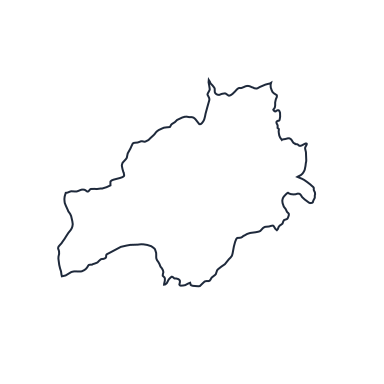 outline of Minh Long, Quảng Ngãi, Vietnam, rotated 26°
{"feature_id": "81297802B89663618716792", "entity_name": "Minh Long", "entity_type": "district", "adm_level": 2, "iso_a3": "VNM", "parent_name": "Vietnam", "parent_adm1": "Quảng Ngãi", "projection": "natural_earth1", "projection_center": [108.678, 14.947], "detail": "fine", "context": "isolated", "style": "outline", "palette": "slate", "viewbox_px": 384, "rotation_deg": 26, "n_neighbors": 0, "source": "geoboundaries", "source_scale": "gbopen_adm2", "svg_char_len": 5985}
<svg xmlns="http://www.w3.org/2000/svg" viewBox="0 0 384 384"><g transform="rotate(26 192 192)"><path d="M240.3,273.1L241.4,270.0L242.6,266.9L244.0,265.7L245.8,264.9L246.7,264.1L247.0,262.9L247.1,261.5L247.2,260.3L249.1,256.4L249.4,255.4L248.9,251.4L249.1,250.6L249.4,249.7L251.2,246.0L253.2,242.5L254.6,236.3L255.4,234.0L255.8,231.9L255.7,231.0L255.4,229.4L253.5,222.5L252.6,217.8L252.4,215.0L252.6,214.0L252.9,213.4L254.7,212.4L256.0,211.5L256.9,210.3L257.5,208.8L258.0,208.4L259.9,205.6L261.3,204.2L262.4,203.2L266.8,200.3L268.9,198.7L269.8,197.9L270.5,197.0L271.6,193.3L272.5,191.8L273.1,191.2L276.4,189.2L277.8,187.9L279.1,186.9L279.8,186.7L280.4,186.9L281.7,187.7L283.1,188.6L285.0,189.1L285.4,187.7L285.3,186.7L285.2,185.5L285.4,184.4L285.7,183.5L286.6,182.0L287.2,180.7L286.9,178.3L287.1,176.8L288.0,175.9L288.9,175.0L289.4,174.3L289.5,173.7L289.4,172.0L289.2,170.5L288.7,169.3L287.7,168.7L286.5,168.4L285.8,168.0L283.7,166.3L280.9,164.9L278.3,162.3L277.0,160.3L276.6,158.9L276.4,157.7L276.5,156.0L277.4,153.0L278.1,151.3L278.6,150.6L279.9,150.8L281.7,150.6L284.2,149.7L286.0,148.7L287.5,147.3L288.9,146.6L290.1,146.6L291.3,147.1L293.2,148.3L296.5,149.3L301.8,150.3L303.0,150.2L304.1,149.5L304.9,148.8L305.1,148.2L305.0,147.8L304.8,146.4L304.9,143.9L304.8,143.2L303.9,141.3L303.6,140.0L302.8,138.7L302.2,138.1L301.5,137.6L300.5,136.7L299.7,135.0L299.2,134.6L298.8,134.4L296.5,133.8L295.2,133.4L291.3,132.6L287.6,132.0L285.1,131.9L281.9,132.1L280.1,132.2L280.5,131.6L281.6,130.2L282.5,128.9L283.2,127.2L283.5,125.7L283.6,123.9L283.6,123.2L283.5,122.4L282.6,118.9L281.6,116.0L281.3,114.7L280.7,113.2L280.4,112.7L277.4,107.1L276.9,106.2L274.7,103.5L274.3,102.6L274.2,102.2L274.3,99.2L274.2,98.8L273.9,98.3L273.5,98.3L273.1,98.4L272.8,98.7L272.3,99.2L270.1,102.2L268.9,103.2L267.9,103.4L266.6,103.0L265.4,103.0L263.9,103.7L263.1,103.3L262.8,103.4L261.8,103.4L260.4,102.7L258.9,101.7L257.4,101.1L256.6,101.1L255.9,101.1L255.3,101.4L254.8,101.6L252.6,103.5L250.6,104.9L250.0,105.4L249.9,105.8L247.3,104.4L245.7,103.0L244.3,101.1L243.3,99.5L242.8,98.0L242.4,97.3L240.8,96.9L240.2,95.5L239.7,94.5L238.1,93.3L237.5,92.7L237.2,91.8L237.4,91.1L237.9,90.4L238.7,90.0L239.0,89.5L239.1,89.1L238.9,88.0L238.2,85.7L236.4,82.2L235.1,81.0L234.3,80.6L234.0,80.6L233.1,81.0L232.2,82.0L232.0,82.7L231.4,83.2L230.3,83.1L229.7,82.9L229.0,82.4L229.0,82.0L229.2,81.5L229.3,80.7L229.4,79.9L229.2,79.1L228.8,77.7L227.5,75.1L226.7,71.9L226.6,69.5L226.2,68.4L225.7,67.8L222.3,67.4L220.5,66.8L218.9,65.5L216.9,63.5L215.6,61.1L215.2,59.2L214.5,60.3L212.6,61.8L210.8,63.4L206.9,67.9L205.4,70.1L204.5,70.8L202.6,71.4L200.8,71.4L199.7,71.6L198.2,71.6L196.8,71.8L195.6,72.2L194.5,72.9L193.6,73.7L192.8,74.7L190.9,76.8L190.1,77.3L189.2,77.6L188.6,78.0L188.2,78.5L187.7,79.3L187.1,81.0L186.6,82.8L185.4,86.1L184.5,87.7L183.5,88.9L182.7,89.3L181.8,89.2L179.4,88.8L178.4,88.9L176.5,90.2L175.5,91.0L174.0,92.7L172.9,93.2L171.9,93.4L170.6,93.3L169.5,92.9L168.7,92.2L168.4,91.7L167.1,89.2L166.3,88.5L163.7,87.2L161.1,86.3L159.6,85.0L158.0,84.0L158.8,86.1L160.8,88.8L162.4,91.1L163.0,92.1L163.1,92.8L163.1,94.1L163.0,95.9L163.0,96.8L163.2,97.6L163.7,98.1L164.7,98.8L166.1,99.9L166.9,100.9L167.3,101.9L168.6,109.1L169.8,115.4L170.6,118.5L171.1,121.0L171.2,122.5L171.1,123.8L170.7,125.8L170.1,127.1L169.4,127.6L168.8,127.8L167.5,127.2L163.2,125.1L161.9,124.7L160.7,124.5L159.0,124.8L156.8,125.9L154.3,126.6L152.7,127.4L150.6,129.3L147.0,133.8L146.0,136.7L144.2,139.6L143.8,140.6L143.7,143.1L143.3,143.5L141.9,144.4L141.0,144.9L138.6,146.5L137.2,148.1L135.0,150.8L134.0,152.6L133.4,154.3L133.1,156.0L132.6,157.7L130.9,162.0L130.2,164.1L129.7,164.9L128.0,167.1L127.4,167.6L124.8,168.3L123.9,168.8L122.8,170.0L121.4,171.4L119.7,172.4L118.3,173.3L117.8,173.9L117.5,174.4L117.5,175.7L117.5,177.2L117.6,179.8L117.3,185.5L118.0,188.3L118.4,189.8L118.2,191.3L117.9,192.4L116.8,196.1L117.0,197.8L117.3,198.9L117.9,199.8L119.5,201.9L121.6,204.2L122.4,204.8L122.7,205.4L123.3,206.1L123.8,207.0L123.8,207.7L122.9,209.2L121.1,211.0L116.1,215.3L114.8,216.7L114.5,217.3L114.2,218.1L114.2,218.6L115.8,221.8L113.1,225.1L109.6,228.4L108.7,228.7L105.1,231.1L103.1,231.9L100.5,233.2L99.5,233.9L99.2,234.6L98.8,236.3L98.3,237.2L97.7,237.5L96.9,237.4L95.2,237.1L94.1,237.2L93.0,237.6L92.0,238.1L90.9,239.1L89.5,240.7L88.2,242.0L86.7,242.8L84.7,243.6L83.1,244.3L82.1,245.2L80.3,247.2L78.9,248.1L79.1,249.3L79.3,250.7L79.6,252.1L80.4,254.3L81.5,256.2L82.5,257.7L84.7,259.7L88.7,263.0L89.4,263.7L90.3,264.1L92.2,265.2L93.9,266.6L97.3,270.8L98.9,273.2L99.6,275.4L99.8,277.4L99.6,279.5L98.8,282.9L98.3,287.0L98.0,290.0L97.4,293.5L97.2,295.2L96.4,297.9L96.0,299.6L96.1,300.6L96.5,301.6L97.5,302.5L98.5,303.6L99.7,305.9L100.3,308.5L101.1,310.4L104.6,315.7L106.9,318.5L109.1,320.8L110.7,323.2L112.0,324.8L112.8,324.2L115.0,322.4L118.5,317.0L119.2,316.3L120.9,315.0L126.5,312.4L127.7,311.6L129.3,309.6L130.2,308.0L130.5,307.0L130.8,305.9L131.0,303.7L131.2,302.9L131.6,302.5L132.5,301.9L134.0,301.1L134.6,300.2L135.7,299.2L137.5,297.3L138.0,296.6L138.6,294.7L139.6,292.4L140.5,291.6L141.2,291.3L141.9,290.8L143.1,289.4L143.3,288.9L143.3,288.7L143.3,288.1L142.9,287.2L142.6,286.3L142.6,285.7L142.8,285.2L144.6,282.8L152.1,272.5L156.7,268.8L159.7,266.6L166.3,263.1L169.3,261.2L171.4,260.3L175.0,259.2L179.1,258.6L181.1,258.9L182.9,259.3L183.8,259.7L185.0,260.9L186.5,262.5L187.5,264.4L188.4,266.3L189.2,267.5L190.6,268.7L192.3,269.6L194.2,270.9L196.4,272.9L198.4,273.8L200.2,275.1L201.4,276.6L201.8,278.5L202.4,280.1L204.8,280.9L205.6,281.7L206.5,283.7L207.1,286.3L207.5,287.5L208.3,287.0L208.9,285.9L209.3,284.9L209.4,281.1L209.6,280.2L210.2,278.4L210.8,277.1L211.3,276.9L212.2,276.9L214.0,277.4L214.5,277.3L215.2,276.9L215.9,276.6L217.9,276.3L219.1,276.5L219.9,277.0L220.3,277.6L220.7,278.5L221.0,279.8L221.2,280.7L221.6,281.0L222.1,281.2L223.0,281.1L224.9,280.0L226.7,278.7L228.5,276.2L230.1,274.4L231.6,276.1L232.2,276.2L233.0,276.1L234.1,275.9L235.3,275.4L236.9,274.8L239.1,273.9L240.3,273.1Z" fill="none" stroke="#1e293b" stroke-width="2"/></g></svg>